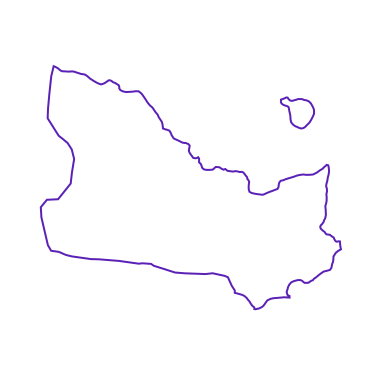 the district of Vermali, Shefa, Vanuatu, rotated 98°
{"feature_id": "77236927B83961897513760", "entity_name": "Vermali", "entity_type": "district", "adm_level": 2, "iso_a3": "VUT", "parent_name": "Vanuatu", "parent_adm1": "Shefa", "projection": "robinson", "projection_center": [168.163, -16.618], "detail": "fine", "context": "isolated", "style": "outline", "palette": "violet", "viewbox_px": 384, "rotation_deg": 98, "n_neighbors": 0, "source": "geoboundaries", "source_scale": "gbopen_adm2", "svg_char_len": 4488}
<svg xmlns="http://www.w3.org/2000/svg" viewBox="0 0 384 384"><g transform="rotate(98 192 192)"><path d="M285.9,135.6L286.2,132.9L286.6,130.0L286.9,127.9L287.6,125.8L289.4,123.0L291.0,121.5L291.1,121.4L292.4,119.8L294.0,118.6L296.3,116.5L297.5,114.4L298.5,113.9L299.2,114.0L299.3,112.9L298.6,111.1L298.0,109.4L296.3,106.9L294.8,105.5L293.1,104.5L291.0,103.5L288.7,102.2L287.4,100.1L286.7,98.9L285.8,96.5L285.5,95.1L285.1,93.3L284.1,88.9L283.4,86.1L283.2,83.0L283.1,82.5L283.0,80.7L281.4,81.0L281.0,82.8L278.9,84.0L277.9,84.2L277.2,84.4L275.5,83.9L273.1,83.7L270.2,82.8L267.6,81.1L266.0,78.6L264.5,75.0L264.1,72.3L264.7,70.4L265.6,69.2L266.3,67.8L266.0,65.6L265.5,63.8L264.6,63.0L263.4,61.6L262.5,60.0L261.0,59.2L259.2,57.2L256.9,55.2L254.9,53.2L252.5,50.6L251.0,46.9L250.0,44.6L248.9,44.0L247.8,43.4L246.1,43.3L243.9,43.2L241.4,42.6L238.6,42.7L236.0,42.9L235.9,42.8L233.7,41.8L232.2,41.1L230.0,39.1L228.7,37.4L228.0,36.5L226.8,37.0L225.5,37.4L224.1,37.8L222.5,38.2L220.4,38.6L220.4,39.9L221.1,41.8L220.9,42.4L220.7,42.9L219.1,44.4L218.7,44.6L217.4,45.3L216.5,47.3L215.2,49.5L215.2,52.9L214.9,53.3L214.5,53.9L213.2,55.0L211.9,57.3L210.3,59.5L208.4,60.2L206.9,59.7L205.8,58.8L203.6,57.6L201.5,57.2L201.0,57.0L199.3,56.4L196.0,56.2L193.7,56.7L191.0,57.1L187.6,58.0L186.0,57.8L183.8,57.5L181.6,57.5L178.5,57.9L175.5,58.6L172.4,58.4L170.0,58.9L168.2,59.7L167.4,60.0L165.2,60.0L162.7,59.6L158.4,59.5L157.0,59.3L154.9,59.1L152.0,59.2L148.4,60.1L146.6,60.8L146.4,62.4L147.5,63.3L149.1,64.7L151.0,66.1L152.7,68.3L155.7,71.4L157.0,73.4L157.8,74.5L158.6,77.9L159.1,81.0L159.2,84.5L160.0,87.2L161.0,90.1L162.4,92.7L163.7,95.4L165.1,98.5L166.4,101.3L167.6,103.1L168.6,105.8L170.3,106.8L172.3,107.1L172.8,107.1L175.0,107.0L177.0,107.7L178.0,109.5L179.7,112.5L181.0,115.0L182.5,117.6L184.4,120.5L184.9,121.6L185.0,124.7L185.0,129.1L184.7,132.7L183.8,135.1L181.5,136.2L178.2,136.7L176.1,136.8L175.7,136.8L173.9,136.8L172.5,137.7L171.4,139.0L169.8,139.4L168.3,141.0L166.7,142.6L165.6,143.8L165.1,145.4L165.6,147.7L165.3,149.3L165.3,152.0L166.0,153.9L166.1,156.0L166.1,157.7L166.1,159.7L165.2,161.3L164.6,162.2L165.5,163.9L164.9,165.9L163.7,168.2L163.8,171.0L164.0,172.1L165.6,173.4L165.8,173.5L167.0,174.7L167.5,177.0L168.1,180.7L167.9,183.5L166.6,185.3L164.1,186.5L162.8,187.4L161.7,189.1L161.4,189.1L159.5,189.4L157.9,189.6L156.7,190.8L157.7,191.9L158.2,193.6L158.0,195.6L156.8,196.7L155.6,197.9L153.7,199.7L151.8,200.8L150.7,200.8L149.9,200.9L148.1,200.7L146.3,200.8L144.9,202.5L144.7,203.6L144.3,205.1L144.5,206.3L144.4,208.5L143.6,210.8L142.7,213.5L141.7,217.1L140.9,218.1L140.2,218.7L138.4,220.2L137.6,220.6L136.5,221.2L134.4,222.9L133.8,225.6L133.6,227.7L133.1,229.6L131.6,229.9L131.5,230.0L129.2,230.6L126.9,231.5L124.4,233.7L122.5,235.4L120.8,236.4L120.1,236.8L118.4,238.8L116.2,240.9L115.7,241.3L114.0,242.8L111.9,246.0L109.1,248.9L107.3,250.4L105.9,251.6L103.5,253.8L101.5,255.8L99.7,258.9L100.2,262.4L100.8,264.4L101.4,267.2L102.2,271.3L102.2,271.5L101.9,274.8L101.0,277.2L99.4,278.5L98.2,278.6L96.6,279.3L95.9,280.7L94.8,283.1L94.2,285.6L93.1,287.3L92.8,289.5L93.4,290.5L94.9,292.0L96.8,294.3L98.1,297.0L97.7,299.3L96.9,301.9L95.6,305.0L93.9,308.7L92.1,311.4L90.7,314.0L90.5,316.5L90.5,318.5L90.1,320.7L89.7,323.0L89.6,324.0L89.3,324.6L89.3,325.6L89.2,327.1L89.5,328.8L89.9,330.4L90.1,332.7L90.3,335.5L90.5,337.5L90.1,338.8L89.3,340.2L88.1,342.1L87.0,345.0L86.7,346.5L97.1,347.5L114.9,346.9L129.1,346.2L139.1,345.2L154.8,331.9L157.9,326.6L160.9,321.9L166.6,317.0L175.7,313.3L189.3,313.6L200.5,313.3L217.8,323.6L219.9,334.6L228.1,339.6L238.1,337.6L264.7,327.3L269.8,323.3L269.8,315.6L271.9,308.0L272.5,302.0L272.5,286.0L272.5,282.7L271.6,274.7L270.4,254.5L270.4,244.8L270.4,239.8L270.4,234.8L269.5,231.2L268.9,222.5L270.4,219.5L272.2,208.6L274.1,197.6L273.5,187.6L271.4,167.3L269.6,160.3L270.5,148.0L271.4,144.6L279.3,139.6L283.6,135.9L285.9,135.6ZM96.5,82.2L95.7,82.3L93.8,82.6L92.5,83.2L90.3,84.6L87.6,86.7L85.9,89.0L85.3,91.6L85.2,94.2L84.7,95.5L84.9,97.7L85.2,99.9L86.3,102.0L86.5,102.5L86.9,103.5L87.5,104.6L87.9,106.0L87.6,107.9L86.6,109.2L85.2,110.5L85.3,111.9L86.1,113.0L87.0,114.5L88.1,116.7L89.2,116.6L90.5,116.5L91.7,115.8L92.4,114.9L92.9,113.9L93.4,112.1L93.6,110.5L94.0,109.0L94.3,108.7L94.6,108.1L95.7,107.7L97.3,107.2L98.8,106.7L101.1,105.8L103.3,105.1L106.2,104.6L109.2,103.5L111.3,101.2L112.5,98.9L113.0,96.7L113.7,94.5L113.9,92.5L113.2,90.7L112.1,89.2L109.6,87.4L107.1,85.5L104.4,84.2L101.0,83.0L97.9,82.1L96.5,82.2Z" fill="none" stroke="#5b21b6" stroke-width="2"/></g></svg>